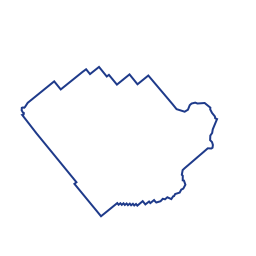 Madison, Montana, United States of America, rotated 141°
{"feature_id": "52423323B46649756704287", "entity_name": "Madison", "entity_type": "district", "adm_level": 2, "iso_a3": "USA", "parent_name": "United States of America", "parent_adm1": "Montana", "projection": "natural_earth1", "projection_center": [-111.999, 45.284], "detail": "fine", "context": "isolated", "style": "outline", "palette": "blue", "viewbox_px": 256, "rotation_deg": 141, "n_neighbors": 0, "source": "geoboundaries", "source_scale": "gbopen_adm2", "svg_char_len": 1185}
<svg xmlns="http://www.w3.org/2000/svg" viewBox="0 0 256 256"><g transform="rotate(141 128 128)"><path d="M190.1,210.7L195.0,209.1L196.0,209.1L196.6,210.0L197.8,210.5L199.5,208.7L200.0,205.6L199.6,205.3L200.1,204.5L201.1,204.1L202.0,204.6L202.5,181.5L202.2,118.3L204.8,118.3L204.5,76.4L183.6,76.4L183.6,74.3L181.3,74.3L181.2,72.2L178.9,72.3L178.9,70.2L176.6,70.2L176.6,68.1L174.2,68.1L174.2,66.0L171.9,66.0L171.9,63.9L169.6,63.9L169.6,61.8L162.6,61.9L162.6,57.7L157.9,57.6L157.9,55.6L153.1,55.6L153.1,53.9L152.9,52.3L148.8,50.6L145.5,51.1L144.1,49.3L141.0,49.4L139.1,45.5L135.9,46.5L135.1,46.1L132.9,47.0L128.5,45.3L125.4,46.6L123.2,46.1L119.1,47.8L117.6,51.9L118.4,52.9L115.5,56.4L115.6,57.8L112.0,60.9L109.5,61.1L78.8,62.0L76.1,59.6L74.7,59.5L72.7,61.4L71.6,64.1L71.8,66.9L68.8,70.3L65.7,71.2L63.0,73.6L53.2,78.9L54.1,80.7L53.2,82.3L53.2,86.9L52.4,90.7L51.2,92.0L51.8,94.9L52.7,99.2L58.6,103.3L59.8,105.4L63.2,107.0L65.6,106.9L69.9,104.5L73.7,105.0L78.4,112.1L78.4,118.4L79.2,156.0L93.1,156.0L93.1,168.7L109.3,168.7L109.4,181.3L112.1,181.4L112.1,193.7L123.6,193.8L123.6,200.0L128.2,200.2L156.0,200.3L156.0,210.7L190.1,210.7Z" fill="none" stroke="#1e3a8a" stroke-width="2"/></g></svg>